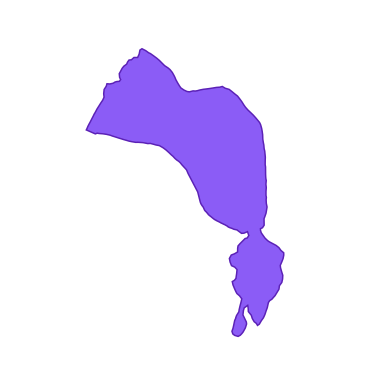 Al Ashah, Amran, Yemen, rotated 344°
{"feature_id": "15242507B84634184088095", "entity_name": "Al Ashah", "entity_type": "district", "adm_level": 2, "iso_a3": "YEM", "parent_name": "Yemen", "parent_adm1": "Amran", "projection": "albers", "projection_center": [43.794, 16.335], "detail": "fine", "context": "isolated", "style": "filled", "palette": "violet", "viewbox_px": 384, "rotation_deg": 344, "n_neighbors": 0, "source": "geoboundaries", "source_scale": "gbopen_adm2", "svg_char_len": 4974}
<svg xmlns="http://www.w3.org/2000/svg" viewBox="0 0 384 384"><g transform="rotate(344 192 192)"><path d="M107.5,103.2L115.1,109.5L117.1,109.3L118.9,110.2L122.4,111.5L125.7,113.0L129.1,114.9L130.8,116.2L132.5,117.3L132.8,117.5L134.3,118.5L137.3,120.5L138.4,121.2L140.5,122.6L142.3,123.7L145.6,125.8L148.1,127.1L151.7,128.8L153.7,129.3L157.0,130.5L158.6,131.1L159.0,131.3L162.9,133.3L165.3,133.8L168.5,135.7L170.2,136.8L173.4,138.4L176.4,141.5L178.6,144.4L180.6,147.6L182.4,150.7L183.6,152.5L184.9,155.1L186.2,157.1L186.9,157.9L187.8,159.0L188.9,160.9L189.7,162.9L192.8,169.1L193.1,171.2L193.3,173.0L197.5,193.5L197.2,203.2L197.2,203.3L197.2,203.5L197.2,203.9L197.2,204.0L197.2,204.3L197.2,204.7L197.3,204.9L197.3,205.0L197.3,205.4L197.3,205.5L197.4,205.8L197.4,206.1L197.5,206.2L197.5,206.3L197.5,206.5L197.6,206.8L197.7,207.0L197.8,207.3L197.8,207.5L197.9,207.8L197.9,208.0L198.2,208.3L198.7,210.1L199.1,213.0L199.3,213.3L199.4,213.5L199.5,213.7L199.5,213.8L199.5,214.0L199.8,214.4L199.8,214.5L200.0,214.7L200.1,214.9L200.2,215.0L200.3,215.3L200.4,215.5L200.5,215.8L200.7,216.1L200.7,216.3L200.9,216.6L201.0,216.7L201.0,216.8L201.1,217.0L201.2,217.3L201.3,217.4L201.3,217.6L201.4,217.8L201.4,218.0L201.5,218.2L201.6,218.4L201.7,218.6L201.8,218.7L201.9,218.8L202.0,218.9L202.1,219.0L202.3,219.3L202.5,219.6L202.6,219.9L202.7,220.0L202.8,220.1L203.0,220.3L203.1,220.5L203.3,220.7L203.4,220.8L203.5,221.0L203.7,221.4L203.8,221.5L204.1,221.9L204.2,222.0L204.3,222.2L204.5,222.5L204.8,222.9L204.9,223.1L205.0,223.2L205.2,223.4L205.2,223.5L205.4,223.8L205.5,223.9L205.7,224.1L205.8,224.3L206.0,224.5L206.3,224.8L206.4,225.0L206.5,225.0L206.8,225.3L207.0,225.5L207.2,225.8L207.3,225.8L207.4,226.0L207.5,226.1L207.7,226.3L207.8,226.3L207.9,226.5L208.0,226.6L208.4,226.9L208.5,227.0L208.9,227.4L209.1,227.5L209.3,227.7L209.5,227.9L209.7,228.1L209.8,228.2L209.9,228.3L210.2,228.5L210.4,228.8L210.6,228.9L210.8,229.1L211.0,229.4L211.2,229.6L211.5,229.8L211.6,230.0L211.8,230.1L212.1,230.4L212.3,230.5L212.5,230.7L212.7,230.9L212.8,231.0L213.0,231.2L213.2,231.3L213.3,231.5L213.5,231.6L213.7,231.8L213.9,232.0L214.0,232.1L214.3,232.3L214.6,232.5L214.8,232.8L215.1,233.1L215.4,233.4L215.5,233.5L215.8,233.8L216.0,233.9L216.0,234.0L216.3,234.3L216.5,234.6L216.7,234.8L216.8,234.9L216.8,235.0L217.0,235.1L217.1,235.4L217.2,235.6L218.5,236.7L220.4,238.0L221.9,239.3L224.7,240.8L228.2,245.4L230.7,245.9L234.4,245.4L234.6,249.5L232.4,251.4L230.1,251.4L230.0,251.5L223.9,254.9L221.4,256.5L220.4,258.6L219.3,262.2L215.8,263.1L212.4,263.4L209.6,266.2L209.3,269.9L209.7,273.7L212.4,276.0L213.9,279.0L212.3,283.0L211.2,285.4L210.4,287.2L208.4,288.6L206.0,289.2L205.8,292.6L206.2,296.2L206.7,299.8L207.2,302.0L209.1,304.9L210.4,308.4L208.7,311.5L206.8,314.7L205.0,317.9L204.0,320.1L200.8,323.0L199.4,324.9L199.3,325.3L197.6,327.3L195.5,331.3L193.8,334.4L192.0,336.9L192.1,339.7L193.5,341.6L196.5,343.5L198.9,343.0L200.8,341.9L202.5,340.7L205.8,337.4L208.1,333.9L208.4,331.9L207.8,328.4L207.1,324.2L208.5,320.8L208.5,320.6L210.2,317.8L214.3,316.3L214.0,319.0L213.2,322.5L215.0,326.8L215.1,330.3L216.0,333.8L217.6,336.0L218.2,338.3L220.3,337.6L223.2,334.8L226.0,332.6L228.3,329.9L230.4,326.8L232.5,323.9L235.0,319.3L236.8,317.8L239.2,317.1L241.2,315.8L243.3,314.5L246.1,311.9L248.8,309.4L250.2,306.2L253.4,303.7L255.1,300.6L256.3,297.1L256.2,293.5L256.2,289.5L256.6,286.9L259.0,284.0L261.2,281.1L262.8,278.0L263.4,275.7L261.4,272.7L260.2,269.4L258.1,266.5L252.6,261.2L251.3,259.6L249.5,256.5L248.8,254.6L248.1,252.6L247.3,250.2L247.3,248.3L247.3,247.7L247.7,246.1L249.9,245.8L252.2,243.8L253.9,237.5L255.2,235.8L257.3,232.8L258.4,230.5L260.0,227.1L260.3,223.4L261.1,220.0L262.0,217.7L262.2,215.6L263.3,211.8L264.6,208.3L265.2,204.9L266.5,201.5L266.7,199.5L267.1,197.5L267.6,195.4L268.9,190.7L269.6,188.2L269.9,185.8L271.0,182.1L272.1,178.7L273.2,172.7L273.3,170.2L274.0,166.6L274.2,164.2L274.6,160.8L275.7,156.4L276.2,152.9L276.5,149.9L276.5,146.2L276.1,143.8L275.3,141.9L273.7,138.3L272.1,135.0L270.2,131.7L268.3,128.5L266.7,125.1L265.8,122.5L264.8,119.0L263.5,115.5L262.2,112.3L260.0,109.3L258.1,106.5L256.0,103.6L252.5,101.4L250.2,98.9L247.6,98.9L244.3,98.2L240.7,97.8L236.9,97.3L234.8,97.0L231.1,96.4L227.5,96.1L225.1,96.1L223.1,95.9L220.9,95.1L217.1,95.0L214.9,94.0L212.3,91.7L210.0,88.9L209.2,86.6L208.2,82.9L207.4,79.3L207.2,77.2L206.8,75.0L206.0,71.6L204.6,68.3L203.3,66.3L200.5,63.0L198.7,59.8L196.9,56.5L194.8,53.4L192.5,50.4L190.2,47.5L188.7,46.2L186.5,43.4L183.4,40.5L181.1,41.2L179.2,44.9L176.8,47.7L173.3,46.7L170.2,48.2L167.8,47.8L165.9,49.3L164.4,51.1L161.1,52.3L158.9,53.9L156.5,56.4L154.7,58.2L154.0,61.9L154.4,64.3L152.7,65.6L150.2,65.1L148.2,65.1L146.3,65.7L142.8,65.5L140.1,64.5L138.7,66.7L135.8,69.2L134.2,73.2L133.6,76.6L131.4,79.2L129.1,81.1L123.4,86.2L121.8,87.9L119.8,89.9L119.7,89.9L119.4,90.2L118.0,91.8L116.3,93.6L114.8,95.2L113.2,96.9L111.5,98.6L110.6,99.6L110.0,100.2L109.8,100.5L108.5,102.1L107.5,103.2Z" fill="#8b5cf6" stroke="#5b21b6" stroke-width="1.5"/></g></svg>